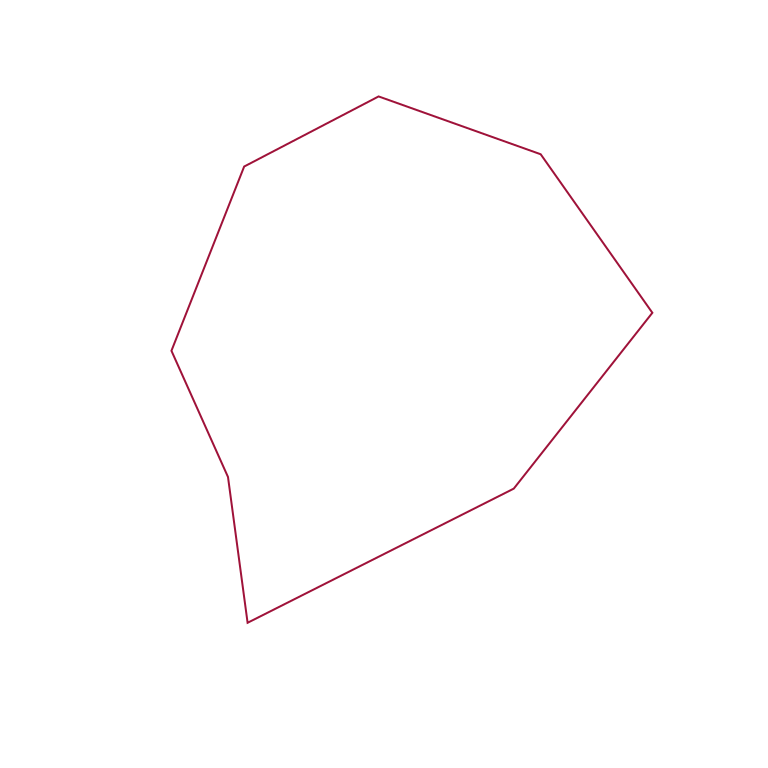 an SVG outline of Şuşa, rotated 114°
{"feature_id": "AZE-5565", "entity_name": "Şuşa", "entity_type": "Municipality", "adm_level": 1, "iso_a3": "AZE", "parent_name": "Azerbaijan", "parent_adm1": "", "projection": "albers", "projection_center": [46.75, 39.758], "detail": "fine", "context": "isolated", "style": "outline", "palette": "rose", "viewbox_px": 768, "rotation_deg": 114, "n_neighbors": 0, "source": "natural_earth", "source_scale": "10m", "svg_char_len": 274}
<svg xmlns="http://www.w3.org/2000/svg" viewBox="0 0 768 768"><g transform="rotate(114 384 384)"><path d="M209.8,167.8L426.8,222.9L657.6,411.5L532.4,488.7L440.1,591.7L242.2,600.2L123.5,505.9L110.4,334.3L209.8,167.8Z" fill="none" stroke="#9f1239" stroke-width="2"/></g></svg>